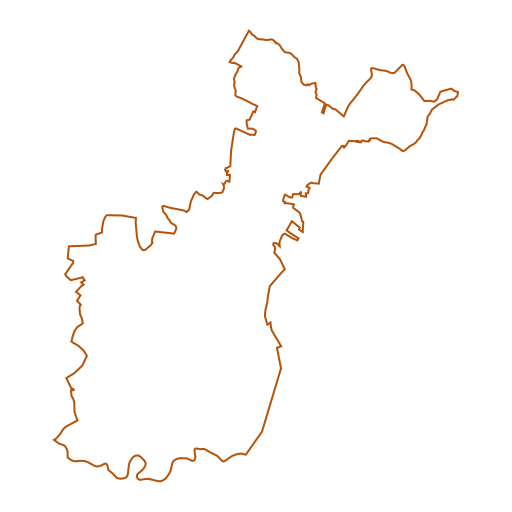 outline of Purísima, Córdoba, Colombia
{"feature_id": "7082276B35662466924312", "entity_name": "Purísima", "entity_type": "district", "adm_level": 2, "iso_a3": "COL", "parent_name": "Colombia", "parent_adm1": "Córdoba", "projection": "albers", "projection_center": [-75.703, 9.291], "detail": "fine", "context": "isolated", "style": "outline", "palette": "amber", "viewbox_px": 512, "rotation_deg": 0, "n_neighbors": 0, "source": "geoboundaries", "source_scale": "gbopen_adm2", "svg_char_len": 5939}
<svg xmlns="http://www.w3.org/2000/svg" viewBox="0 0 512 512"><path d="M245.8,454.7L262.0,431.6L281.0,368.4L277.0,347.8L281.2,346.3L272.3,331.4L271.6,329.8L270.9,326.9L270.5,322.5L267.4,324.7L265.1,316.8L265.0,314.1L265.5,309.8L267.3,302.1L267.8,297.0L269.8,286.2L281.4,272.7L284.8,269.2L279.8,259.0L274.3,252.7L275.2,248.3L274.9,247.1L273.4,245.2L273.3,243.6L273.9,243.0L275.0,243.0L276.7,243.4L279.7,246.3L279.4,242.9L280.0,240.6L282.3,235.2L284.3,233.7L284.7,233.6L291.6,237.8L297.3,240.4L298.5,238.3L292.1,234.3L286.6,230.4L291.9,221.2L299.8,227.7L298.9,229.5L302.7,232.0L303.3,221.9L301.9,221.0L301.6,218.9L300.0,213.3L299.2,212.3L293.3,207.9L293.0,206.9L294.0,204.4L287.5,203.3L284.6,203.2L284.9,201.9L283.4,201.4L283.0,200.7L283.3,199.2L284.7,195.1L285.0,194.6L289.9,197.3L291.8,197.6L292.2,197.4L293.1,194.1L298.3,194.2L299.3,193.7L300.7,192.1L301.2,192.5L300.5,194.8L300.9,195.8L306.1,196.7L305.8,193.3L307.9,193.4L308.3,192.9L308.4,190.2L309.6,188.3L309.3,187.6L306.6,186.7L307.2,185.3L309.4,183.6L311.4,182.7L313.6,183.3L318.8,183.6L320.1,176.2L320.7,174.4L331.7,159.1L341.7,146.2L342.5,145.8L344.3,146.1L343.5,147.1L344.1,147.6L346.5,144.7L348.8,140.9L356.1,141.2L356.1,141.7L356.4,141.7L356.4,141.1L357.4,140.8L358.1,140.9L358.0,141.9L359.3,142.2L359.8,141.8L360.0,142.2L361.1,142.3L361.9,140.5L363.3,140.5L365.1,141.3L368.8,141.5L369.0,140.3L369.9,140.2L369.9,138.8L372.8,138.2L376.7,138.3L382.7,141.6L385.2,142.3L387.8,142.6L391.5,143.8L399.7,148.8L402.8,151.2L404.6,150.6L409.9,146.2L414.0,143.9L415.7,142.6L417.5,140.1L419.8,138.0L420.1,137.0L421.3,135.3L422.8,131.6L423.9,130.4L424.7,128.1L426.4,124.6L427.7,116.5L429.8,113.8L432.0,109.5L438.9,104.3L442.7,102.6L444.8,101.4L446.1,101.2L447.3,100.3L448.7,99.9L450.4,99.9L451.7,99.2L453.0,99.7L453.8,99.6L455.8,97.4L457.3,96.3L458.0,92.0L454.1,90.9L451.6,88.7L450.2,88.9L440.4,91.7L437.1,99.4L434.2,101.7L430.0,100.8L424.3,101.0L419.8,95.1L417.5,92.8L414.1,90.2L411.5,89.6L411.6,84.2L410.9,80.3L407.1,73.1L404.3,65.8L403.5,64.9L402.4,64.8L394.7,72.7L393.7,73.1L390.6,72.8L386.4,70.9L379.7,70.1L373.8,68.3L371.5,68.2L371.0,68.7L371.0,69.1L371.9,75.1L371.4,77.1L369.4,79.6L368.2,80.5L364.0,85.0L356.8,95.2L349.9,103.7L348.0,106.7L343.8,116.4L335.6,109.5L334.6,109.0L332.8,108.8L328.5,105.3L327.2,104.7L326.6,104.8L326.1,105.2L325.4,106.9L323.5,113.3L321.9,112.4L324.9,103.3L316.1,98.0L316.7,94.8L315.5,92.7L316.0,90.1L316.7,89.0L315.9,87.9L315.8,86.4L315.4,85.6L315.7,84.6L315.3,83.9L315.3,82.9L312.0,83.5L308.8,85.2L307.7,84.3L306.5,85.4L304.6,84.7L303.9,84.8L301.4,82.0L301.0,77.2L300.1,75.6L299.1,72.3L299.4,69.2L298.7,62.4L297.2,59.0L294.0,56.8L292.1,54.5L290.5,53.4L288.3,52.6L286.9,52.6L284.6,52.0L281.6,48.4L279.8,45.3L278.5,44.1L276.4,42.9L275.7,43.2L275.4,42.9L275.7,42.3L273.3,40.1L271.4,39.4L270.3,39.4L268.1,40.0L265.5,39.9L262.7,39.4L261.3,39.5L257.2,38.7L253.7,35.4L252.3,34.7L250.0,31.5L248.9,30.7L237.6,51.6L234.6,54.6L233.0,57.8L231.3,59.4L229.6,62.0L230.3,62.5L235.4,63.2L241.3,66.4L240.5,67.1L239.1,67.4L238.3,68.5L237.3,71.7L235.4,74.7L233.9,79.0L234.7,82.2L234.2,83.4L234.2,86.2L235.7,90.5L235.3,94.5L235.7,95.6L236.4,96.4L241.4,98.3L250.1,102.5L252.3,103.9L257.2,106.0L255.0,112.2L253.9,111.4L253.1,111.6L252.0,114.8L250.8,116.7L249.8,119.5L248.4,120.0L246.8,120.2L246.5,121.1L246.9,124.6L247.9,128.7L252.6,128.7L255.8,130.7L256.0,131.4L254.8,134.8L254.4,135.0L251.1,134.5L250.2,135.0L236.2,128.5L235.2,128.5L234.8,128.8L233.8,133.2L231.1,150.4L230.3,166.3L226.0,168.1L226.2,168.5L225.1,169.5L225.8,171.4L227.9,171.1L227.6,172.5L227.2,172.5L227.0,173.3L227.0,175.1L230.0,175.0L229.3,181.8L226.8,180.8L225.9,181.2L224.5,183.8L223.5,184.6L223.2,184.4L223.8,185.7L224.0,188.6L223.1,190.2L222.5,192.2L220.5,192.9L217.5,193.1L213.8,192.8L213.0,193.7L212.3,195.5L207.6,199.0L206.7,198.7L202.5,195.4L199.8,194.8L196.5,191.7L196.1,191.9L193.5,195.1L193.0,196.8L191.0,201.0L189.1,209.6L186.6,212.1L184.8,210.9L182.1,210.1L169.6,207.7L164.1,206.0L162.8,206.1L162.3,207.0L162.4,207.8L163.4,212.0L166.2,214.9L167.7,218.1L169.4,220.1L170.6,222.4L172.1,223.7L174.3,224.7L175.8,226.2L176.3,227.2L176.2,229.0L174.1,233.6L155.2,231.5L152.7,237.3L152.1,239.4L151.9,242.0L152.5,242.8L150.5,245.5L145.0,250.0L142.6,250.1L139.8,246.6L137.7,240.5L137.0,237.5L135.7,223.4L135.9,217.9L121.8,215.5L107.1,215.2L106.2,215.7L104.9,217.5L103.4,221.2L102.0,228.9L102.0,232.5L96.5,234.4L95.7,235.0L95.6,239.3L95.9,243.9L89.3,245.5L68.9,246.3L67.7,258.4L73.2,261.0L73.2,263.2L71.8,264.6L65.2,274.3L66.5,276.3L70.8,280.2L81.3,277.7L82.6,277.1L84.7,280.4L81.2,282.4L83.5,284.6L81.0,286.4L76.0,291.9L80.5,295.3L77.0,300.8L80.8,304.7L79.9,305.5L79.5,308.5L80.0,314.1L81.8,318.3L82.8,323.2L81.4,324.4L77.3,327.0L74.6,330.9L72.8,335.9L71.4,341.6L78.5,345.9L83.4,350.3L86.9,355.7L82.3,365.6L74.4,373.1L66.3,378.1L71.6,388.9L73.2,388.8L73.7,390.0L71.1,390.5L71.5,396.0L73.1,398.7L74.2,401.9L74.5,411.9L77.4,420.4L65.7,426.8L63.1,429.4L59.9,434.4L56.0,438.7L54.0,439.9L58.9,443.5L63.6,445.1L65.3,446.6L66.5,448.4L67.5,451.2L67.7,457.6L71.9,460.5L75.0,461.3L81.0,460.8L84.6,461.0L88.2,462.3L94.4,465.8L96.5,466.4L98.5,466.4L100.4,465.9L104.2,463.9L105.9,463.6L107.3,465.0L108.4,470.0L112.9,473.7L117.0,478.1L120.3,478.7L122.6,478.6L125.0,477.9L126.4,477.1L127.3,475.9L127.9,473.8L128.9,464.8L129.7,462.1L132.2,457.9L134.3,456.2L136.4,455.5L138.7,455.6L140.7,456.9L144.7,461.0L145.7,463.3L145.3,465.6L143.8,468.3L142.1,470.2L137.6,474.0L136.9,475.5L136.8,476.8L137.8,478.7L140.0,479.9L145.6,478.9L149.2,479.0L157.4,481.0L159.6,481.3L161.2,481.1L163.2,480.2L165.5,478.6L166.9,477.0L169.5,473.0L170.6,470.7L172.3,463.1L173.5,461.0L174.4,460.2L177.4,458.7L180.6,458.2L185.8,458.3L187.4,458.6L192.2,460.9L193.4,460.7L194.7,459.8L195.4,457.3L194.4,450.0L194.8,449.1L195.5,448.5L196.7,448.5L199.7,449.2L203.7,448.9L205.9,449.7L210.1,452.3L217.2,455.8L221.8,460.7L223.6,461.5L225.0,460.9L231.9,456.1L236.2,454.4L238.7,453.8L241.4,453.6L245.8,454.7Z" fill="none" stroke="#b45309" stroke-width="2"/></svg>